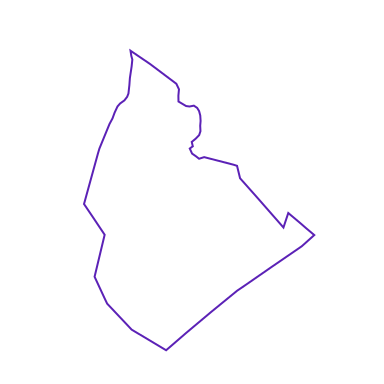 Bonfim do Piauí, Piauí, Brazil, rotated 169°
{"feature_id": "56859067B48454947572204", "entity_name": "Bonfim do Piauí", "entity_type": "district", "adm_level": 2, "iso_a3": "BRA", "parent_name": "Brazil", "parent_adm1": "Piauí", "projection": "robinson", "projection_center": [-42.889, -9.188], "detail": "fine", "context": "isolated", "style": "outline", "palette": "violet", "viewbox_px": 384, "rotation_deg": 169, "n_neighbors": 0, "source": "geoboundaries", "source_scale": "gbopen_adm2", "svg_char_len": 922}
<svg xmlns="http://www.w3.org/2000/svg" viewBox="0 0 384 384"><g transform="rotate(169 192 192)"><path d="M101.5,153.0L109.0,139.7L128.7,173.5L142.2,196.3L142.8,209.1L146.1,210.9L173.4,223.9L178.7,223.3L181.3,226.3L184.6,229.7L185.9,235.1L182.5,236.7L182.7,241.2L178.1,243.7L174.1,246.5L172.1,250.1L171.3,255.5L170.0,260.1L169.3,265.5L169.6,270.1L170.9,273.6L173.7,276.4L178.1,276.4L181.4,277.5L188.0,283.4L187.0,289.1L185.2,295.3L186.7,301.2L208.7,325.6L225.4,342.4L225.6,337.2L225.3,333.4L227.3,326.8L231.2,315.8L233.1,308.8L235.6,300.8L237.5,297.8L240.9,294.8L245.7,292.6L248.8,290.2L252.8,284.7L256.0,279.4L260.0,274.5L274.6,252.3L276.9,247.9L300.3,200.8L294.8,187.9L285.9,166.7L303.8,127.4L298.1,104.4L296.6,98.6L280.4,73.0L277.5,68.4L247.6,41.6L224.4,54.9L195.9,70.7L166.5,86.5L158.3,90.0L128.7,103.0L94.6,117.8L80.2,126.4L86.9,134.7L90.7,139.6L101.5,153.0Z" fill="none" stroke="#5b21b6" stroke-width="2"/></g></svg>